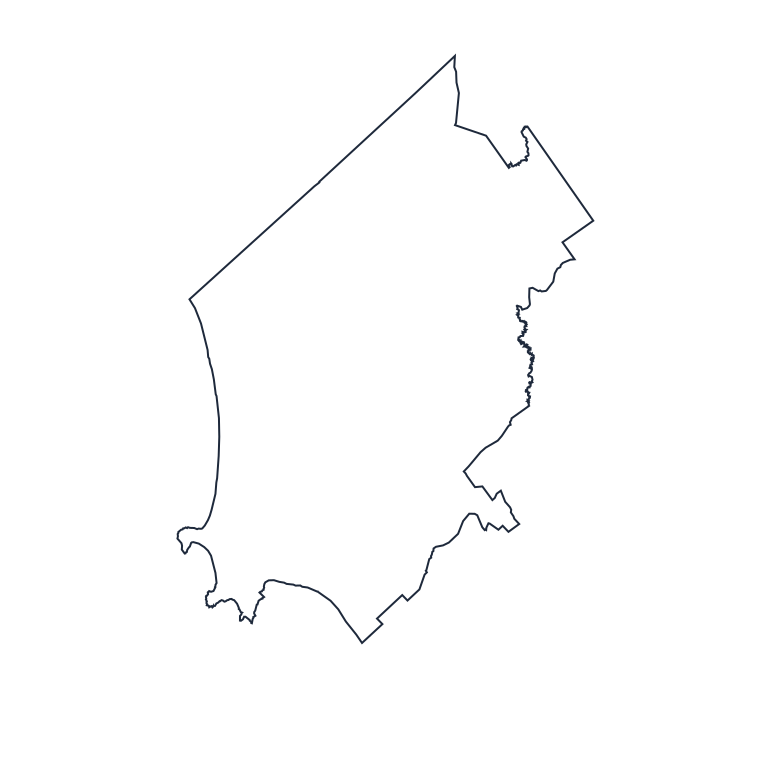 the district of Glenelg, Victoria, Australia, rotated 47°
{"feature_id": "25037944B68247262621131", "entity_name": "Glenelg", "entity_type": "district", "adm_level": 2, "iso_a3": "AUS", "parent_name": "Australia", "parent_adm1": "Victoria", "projection": "mercator", "projection_center": [141.502, -37.891], "detail": "fine", "context": "isolated", "style": "outline", "palette": "slate", "viewbox_px": 768, "rotation_deg": 47, "n_neighbors": 0, "source": "geoboundaries", "source_scale": "gbopen_adm2", "svg_char_len": 6153}
<svg xmlns="http://www.w3.org/2000/svg" viewBox="0 0 768 768"><g transform="rotate(47 384 384)"><path d="M407.3,119.6L293.6,103.5L293.1,104.8L292.4,104.6L291.9,105.4L292.7,105.7L292.0,106.9L293.1,107.6L292.5,108.7L293.3,109.5L293.1,111.0L293.5,111.6L298.4,113.1L300.5,112.3L302.2,112.7L302.9,114.2L304.8,114.0L305.7,116.5L307.1,117.5L310.1,118.0L312.0,120.8L313.7,121.0L315.3,122.3L315.4,122.8L314.4,125.0L314.5,125.8L317.3,126.3L317.9,127.0L317.9,127.5L316.1,128.4L314.2,131.4L315.2,133.4L314.8,134.7L314.1,134.5L314.0,135.2L315.5,136.1L313.8,137.1L314.2,138.4L313.3,138.6L313.0,141.1L312.5,141.5L312.1,140.5L312.2,141.5L311.1,141.7L310.3,140.7L309.4,140.6L309.7,140.9L309.0,142.0L309.0,143.5L310.5,144.5L311.1,144.3L311.1,145.3L272.0,140.0L243.1,155.5L242.2,153.3L222.3,130.8L213.0,125.4L204.8,118.3L200.2,116.5L192.4,108.4L192.7,161.7L191.9,293.4L192.5,293.7L191.9,300.2L189.4,468.5L199.6,470.5L215.0,476.6L238.8,489.8L244.4,494.2L246.4,494.6L250.5,497.4L255.8,499.8L264.6,505.3L276.8,514.1L278.6,514.7L296.4,528.0L310.3,540.5L323.9,554.0L339.1,570.3L341.7,573.8L349.4,582.2L358.3,595.7L361.5,601.1L363.5,605.6L365.3,611.6L365.7,615.4L365.2,616.5L363.3,618.2L362.7,619.7L359.9,621.0L356.8,624.1L355.1,625.0L355.1,626.3L353.7,626.8L353.3,628.6L352.6,629.3L353.0,630.4L352.2,631.8L352.0,635.4L352.7,636.0L353.0,637.2L354.8,638.5L356.2,640.5L362.3,640.7L364.6,642.0L367.2,644.8L372.1,645.4L372.5,644.7L372.0,643.9L372.4,642.8L371.1,641.0L370.4,637.9L370.5,636.9L368.7,633.5L368.7,632.7L369.6,631.3L374.4,628.3L380.7,626.7L386.0,626.4L391.6,627.6L407.2,636.1L415.4,642.2L415.9,644.1L417.0,645.3L417.2,646.1L417.7,646.1L419.1,649.9L418.0,652.2L416.2,653.1L416.5,654.3L416.2,654.4L416.2,655.0L417.8,656.1L418.0,657.4L417.7,658.4L418.2,658.7L418.2,659.4L419.9,660.5L420.1,661.2L422.2,661.8L422.4,662.2L422.2,662.3L423.5,663.5L424.6,663.5L425.0,664.5L426.8,663.4L428.1,664.1L428.6,661.9L429.3,661.9L429.4,661.3L430.1,661.2L430.0,660.8L430.3,661.1L430.3,659.6L431.0,659.0L430.2,656.2L430.8,654.3L430.7,652.3L431.1,652.0L431.2,650.3L432.4,649.5L434.3,649.2L434.9,648.1L435.2,646.0L435.9,645.1L436.0,643.7L437.3,642.0L438.2,642.0L439.9,641.0L444.5,641.3L448.6,642.8L449.6,643.7L450.2,643.4L453.1,644.3L454.4,643.7L454.4,644.3L455.3,645.6L455.4,647.5L458.8,650.7L459.6,650.1L459.9,647.6L458.8,645.0L459.8,644.0L465.0,643.2L465.5,643.6L467.5,643.4L468.3,644.1L468.9,643.8L466.3,640.3L465.9,638.9L465.3,638.6L465.8,636.1L463.3,635.5L462.3,634.5L461.9,632.7L458.6,627.6L458.9,627.2L459.3,627.5L457.0,623.5L457.3,621.1L458.4,618.4L457.4,620.3L458.0,617.0L451.6,617.3L451.6,616.2L452.4,614.7L452.0,613.8L452.4,612.3L451.6,611.7L451.3,610.6L450.2,610.0L448.7,607.9L448.1,606.0L449.0,602.2L452.4,598.3L457.3,595.5L461.2,592.5L463.7,591.6L468.9,587.1L471.1,586.2L474.3,582.6L476.5,582.1L480.8,578.6L490.1,574.5L491.1,573.4L490.7,574.1L506.1,570.9L517.6,571.1L531.7,573.9L548.5,575.2L558.4,576.7L558.5,548.9L550.8,549.1L550.8,530.0L550.8,514.6L558.4,514.5L558.4,498.2L551.1,484.3L551.0,481.1L549.1,480.8L549.0,479.9L542.9,470.3L543.2,467.9L541.9,467.0L541.4,465.4L539.7,463.1L539.9,461.9L538.1,459.9L538.5,457.0L542.3,450.9L544.2,444.7L544.1,432.0L538.2,419.6L537.0,410.1L540.8,406.2L543.6,405.3L555.8,409.8L559.4,410.0L559.4,409.3L560.5,408.9L558.9,407.1L557.1,402.6L558.2,401.9L568.6,399.7L568.6,393.9L577.0,393.8L578.6,380.6L571.4,380.6L569.0,379.5L564.4,378.8L562.8,376.8L560.2,375.9L552.8,375.7L541.7,371.3L541.1,376.4L542.9,380.7L542.8,383.9L526.0,381.9L521.5,387.8L507.7,386.0L505.2,385.3L502.4,385.3L502.0,378.4L499.7,359.8L499.9,353.1L503.0,339.4L502.3,333.2L499.7,322.2L499.6,320.7L500.2,319.2L497.8,317.9L497.2,315.6L496.1,314.1L498.9,292.8L498.2,292.7L497.5,291.7L496.0,291.4L496.2,290.6L495.7,290.6L495.4,289.8L494.2,290.8L494.2,289.8L493.4,289.6L494.1,288.8L493.1,287.1L493.5,286.7L492.7,285.7L491.9,286.4L491.1,286.0L490.5,286.4L488.9,284.8L489.6,284.2L489.4,283.7L488.7,284.2L487.6,284.0L486.4,285.5L485.9,285.3L485.9,284.6L485.2,284.2L485.4,283.3L485.8,283.1L484.5,281.5L484.7,280.3L485.3,280.4L485.8,279.8L485.1,279.0L485.4,278.1L484.0,276.6L482.9,277.3L482.0,276.9L481.9,276.3L483.2,275.5L483.3,275.1L483.7,275.2L484.0,274.3L482.8,274.1L482.2,272.5L479.8,271.1L477.4,272.0L477.1,273.1L475.7,272.5L475.2,270.3L475.6,269.3L475.0,267.0L474.2,265.8L473.4,265.2L473.4,266.0L472.7,265.9L471.5,266.6L471.1,265.8L471.7,264.7L470.0,264.3L469.9,263.9L469.4,264.2L470.6,262.3L468.8,261.4L469.0,259.4L468.4,259.4L468.0,260.3L467.1,259.5L466.5,260.2L466.0,260.0L465.7,259.1L467.9,258.7L467.5,257.5L466.3,257.5L467.1,256.8L466.6,256.1L465.8,256.1L465.2,255.1L463.7,255.5L463.5,256.0L462.6,255.2L462.5,256.1L462.0,256.3L461.0,256.0L461.3,257.0L459.0,257.2L458.1,256.4L458.5,255.8L457.4,254.8L457.9,254.4L457.6,253.9L458.4,254.2L458.9,253.5L458.1,252.7L457.9,253.4L456.6,252.6L456.1,253.2L455.4,253.1L455.1,254.4L454.4,254.7L454.1,254.0L453.5,254.0L453.1,252.4L452.4,252.6L452.7,255.4L452.0,256.2L451.8,255.1L451.3,254.8L451.4,254.3L450.6,254.3L450.2,253.8L449.5,254.2L449.4,253.5L448.7,253.2L448.4,253.5L448.9,254.2L447.9,255.1L448.6,255.8L448.4,256.5L447.2,256.2L446.9,255.5L447.5,255.1L446.9,254.5L446.5,255.0L446.0,254.7L446.2,255.5L445.9,255.8L445.2,255.9L445.0,255.2L444.4,255.6L444.0,255.0L443.2,255.7L441.7,253.8L442.4,253.0L442.0,251.5L443.6,249.5L443.0,249.0L443.1,248.3L442.3,247.8L441.2,248.0L441.3,247.2L440.6,247.0L442.2,245.9L442.6,244.9L442.2,244.6L440.7,245.4L441.4,244.6L441.0,244.2L441.4,244.0L441.4,242.9L439.8,244.1L439.5,243.0L438.2,242.6L437.7,241.7L438.7,240.5L437.5,240.1L437.7,239.2L435.9,239.3L436.3,238.1L435.8,237.9L434.2,238.4L434.0,239.2L433.3,238.9L433.0,239.9L432.3,239.8L431.8,241.0L430.7,241.5L430.4,241.3L430.9,240.8L429.1,240.6L428.2,239.6L427.2,240.5L426.5,240.3L425.7,239.2L424.2,239.5L424.7,237.8L423.3,238.0L423.7,237.1L422.2,235.1L421.7,234.9L420.1,235.5L419.6,234.5L417.5,233.7L417.5,233.2L421.0,231.3L423.9,232.2L426.1,227.5L425.8,224.0L425.1,222.8L419.6,218.7L413.3,212.5L415.0,209.7L421.4,207.7L422.1,206.0L423.8,205.6L426.3,202.2L426.4,200.8L424.6,190.4L419.6,183.7L417.9,178.5L418.8,175.4L417.6,173.5L417.4,170.6L420.1,163.1L422.8,159.6L402.1,156.8L407.3,119.6Z" fill="none" stroke="#1e293b" stroke-width="2"/></g></svg>